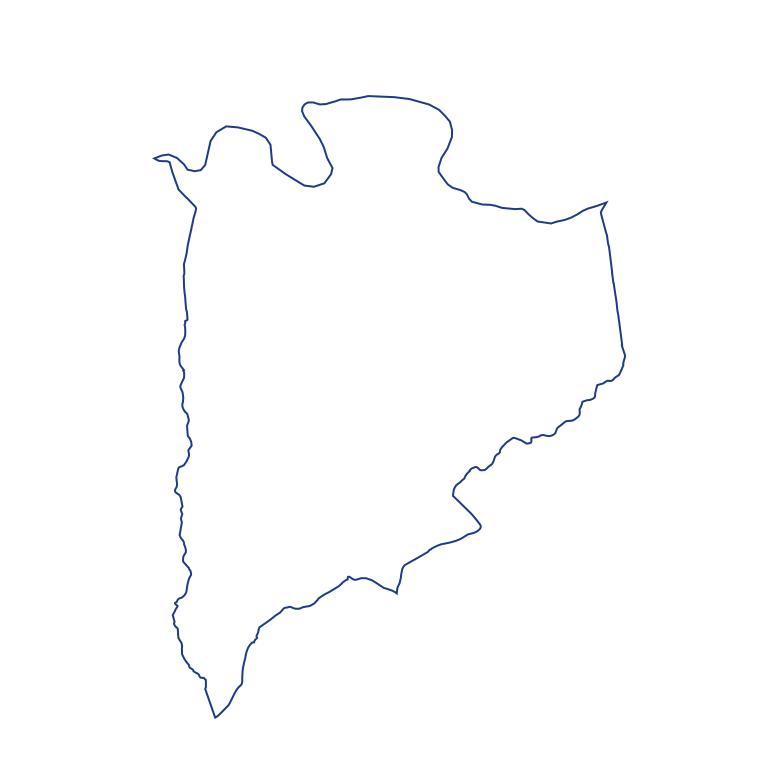 outline of Unguriu, Buzau, Romania, rotated 348°
{"feature_id": "2599482B64546801650648", "entity_name": "Unguriu", "entity_type": "district", "adm_level": 2, "iso_a3": "ROU", "parent_name": "Romania", "parent_adm1": "Buzau", "projection": "natural_earth1", "projection_center": [26.623, 45.27], "detail": "fine", "context": "isolated", "style": "outline", "palette": "blue", "viewbox_px": 768, "rotation_deg": 348, "n_neighbors": 0, "source": "geoboundaries", "source_scale": "gbopen_adm2", "svg_char_len": 6154}
<svg xmlns="http://www.w3.org/2000/svg" viewBox="0 0 768 768"><g transform="rotate(348 384 384)"><path d="M352.9,591.5L354.6,586.5L355.3,585.4L357.8,582.1L360.1,577.3L361.2,573.9L363.5,568.6L365.1,566.7L366.8,565.4L382.5,560.5L391.6,557.5L392.4,557.1L394.0,555.8L394.7,555.6L395.6,555.5L396.6,554.8L401.9,553.4L406.4,552.7L415.7,552.8L421.5,552.4L425.2,551.8L428.5,550.9L434.6,548.6L441.5,548.3L445.1,547.2L447.9,545.6L448.6,544.6L449.1,543.3L448.9,541.8L446.7,537.1L442.4,529.0L428.2,507.7L429.5,504.0L430.7,501.2L432.4,499.2L433.6,498.1L435.7,496.9L436.4,496.8L438.5,495.7L440.7,494.2L441.4,493.9L442.0,493.8L443.3,492.7L443.8,491.8L444.7,490.7L445.9,489.5L447.7,488.2L449.8,487.0L449.7,486.5L451.5,485.2L452.9,484.7L455.6,484.3L456.9,484.3L457.7,484.9L458.5,485.6L459.9,487.9L461.0,488.6L464.4,489.1L465.0,489.0L466.3,488.4L469.6,486.3L472.9,484.9L474.9,482.6L477.4,478.3L478.6,477.2L480.0,476.4L481.3,476.1L482.5,475.4L483.4,474.3L483.6,473.3L484.3,472.2L486.1,470.5L491.8,466.6L498.5,463.7L499.3,463.6L500.3,463.9L502.1,464.8L506.7,467.8L511.1,471.9L512.5,472.1L514.3,472.2L515.5,471.9L516.4,470.4L516.5,469.0L516.8,467.8L517.0,467.4L517.4,467.2L522.5,467.7L525.4,467.4L527.0,466.7L528.0,467.0L529.5,467.0L530.8,467.8L533.0,468.8L534.7,469.3L536.0,469.4L537.9,469.2L540.1,468.5L541.4,467.6L543.8,463.8L544.5,463.1L545.5,462.5L549.3,460.7L553.3,458.6L554.5,458.3L556.3,458.4L560.6,459.0L564.1,458.0L565.3,457.2L567.2,456.4L568.6,455.0L569.1,454.0L569.6,452.4L570.1,449.2L571.1,448.2L573.4,444.9L574.3,442.8L575.3,442.5L577.6,442.2L580.0,442.2L582.4,442.4L585.5,441.8L587.1,441.0L588.0,439.6L588.6,437.2L589.8,434.6L591.3,431.5L592.2,429.8L592.5,429.4L598.6,429.0L601.5,427.7L603.6,427.3L605.8,428.1L607.4,428.1L608.6,427.7L611.3,425.8L615.8,424.0L619.7,418.8L622.1,415.3L622.0,414.3L623.7,410.6L624.3,409.6L625.2,408.0L625.7,405.7L624.6,395.6L624.9,395.0L625.1,395.0L627.0,371.7L627.2,367.9L627.5,365.5L627.5,363.6L627.6,360.4L628.5,351.9L629.6,333.0L629.4,332.9L630.2,322.4L630.4,322.2L632.6,296.9L632.4,293.0L633.0,284.8L632.7,281.9L631.7,263.5L631.9,261.1L632.9,259.6L639.3,252.7L629.1,254.1L619.9,254.8L614.4,256.0L608.4,258.3L601.5,260.2L594.9,261.1L586.7,261.1L580.8,261.7L568.0,257.0L563.7,252.1L560.6,247.9L557.5,243.0L555.2,241.2L548.6,240.2L536.1,236.3L530.2,232.9L525.1,230.8L517.3,228.8L507.9,224.0L505.7,220.4L504.5,215.6L502.8,213.0L499.0,210.2L491.9,206.3L487.9,202.0L486.1,198.3L481.5,187.9L482.5,183.0L487.3,174.8L495.1,166.8L501.8,156.5L503.4,149.7L503.0,141.1L499.6,134.7L494.8,127.2L486.1,119.9L468.0,110.5L453.8,105.6L428.5,99.1L421.3,99.1L410.6,98.7L400.7,96.7L394.8,97.4L385.3,98.1L379.4,97.2L373.3,93.9L368.2,92.8L364.4,94.0L361.7,96.6L360.6,100.1L361.6,105.6L366.7,117.0L372.1,130.9L374.3,139.5L375.4,151.2L378.5,162.0L375.9,167.7L367.4,175.3L356.5,176.5L347.5,173.4L343.2,169.5L331.1,157.9L320.7,146.5L320.7,143.5L322.7,126.4L319.6,118.5L313.7,113.3L308.0,109.0L294.4,102.6L283.2,99.2L272.4,102.9L264.9,110.3L254.6,132.6L249.2,136.7L243.1,136.5L236.4,133.5L234.0,127.5L228.4,119.8L221.1,114.8L214.4,114.3L206.2,115.6L208.7,117.8L210.3,118.9L212.2,119.6L218.1,121.0L220.4,122.5L221.0,132.5L223.3,149.6L223.4,150.9L229.4,160.6L230.0,161.2L236.3,171.4L236.6,172.3L236.6,173.3L236.3,174.3L235.2,176.7L232.3,182.0L227.5,192.9L224.9,198.5L220.7,208.0L218.0,215.4L214.7,222.4L213.2,225.2L211.9,233.5L211.5,234.8L210.5,236.7L209.8,241.0L208.7,246.9L208.0,252.2L207.7,256.7L206.4,266.1L206.0,269.7L206.2,272.8L205.2,280.1L204.7,280.6L202.6,281.1L202.1,283.6L201.2,284.8L201.2,287.5L200.4,292.1L199.5,295.3L198.2,297.6L196.7,299.3L194.7,301.2L191.8,305.4L190.7,307.4L190.0,309.4L189.6,315.0L188.8,317.9L188.4,320.5L188.5,322.3L188.8,323.9L191.2,328.9L190.4,329.2L190.9,331.1L190.4,333.8L189.7,336.3L185.1,342.4L184.4,343.6L184.1,345.1L185.2,350.1L185.0,353.8L184.7,356.2L183.9,358.5L183.9,359.4L182.6,361.5L182.1,364.5L182.7,367.5L183.6,369.8L184.7,371.3L185.4,372.7L185.6,378.8L184.7,380.7L182.7,383.7L181.4,392.7L181.4,394.3L182.8,397.2L183.4,400.7L183.0,404.3L179.1,407.9L178.8,408.4L178.7,412.3L177.8,414.8L174.4,419.0L171.5,421.7L169.5,422.4L166.7,422.7L165.6,423.4L164.5,425.4L161.4,432.3L160.8,438.9L159.8,441.6L157.8,443.8L157.4,444.8L157.3,445.7L157.9,447.0L160.7,449.9L161.6,452.2L161.4,462.0L159.7,463.7L159.0,464.9L159.3,466.9L159.6,469.4L157.4,473.3L157.4,475.5L157.6,477.1L152.7,489.3L153.2,492.3L154.8,495.3L155.3,497.1L155.3,498.2L155.1,499.1L155.6,502.2L155.7,505.6L155.1,507.5L152.3,510.5L151.7,511.5L150.8,514.2L150.7,516.2L154.9,523.5L154.9,524.6L155.8,526.4L155.9,528.6L155.7,530.4L152.9,533.7L149.9,539.6L147.6,545.9L147.0,547.0L145.1,549.0L142.9,550.4L141.8,550.9L139.7,551.1L138.4,551.5L137.2,552.4L136.2,553.8L135.4,554.3L134.1,554.7L134.0,555.6L135.9,558.2L135.4,559.1L133.3,561.1L132.2,562.7L129.3,566.1L129.7,572.9L128.7,575.0L128.8,575.7L129.5,577.7L131.1,579.8L131.3,580.9L130.8,584.8L130.4,586.4L130.3,588.8L130.1,589.7L132.1,595.3L132.0,598.3L131.2,601.3L130.3,606.4L131.6,611.5L133.3,615.6L134.7,618.1L134.8,620.5L135.2,621.3L136.9,622.9L137.6,623.7L137.9,624.4L138.0,625.5L139.7,627.1L141.1,628.1L142.2,629.2L143.0,632.3L143.4,632.9L143.9,633.3L146.6,634.0L147.4,635.5L148.1,636.1L148.2,636.5L146.8,643.5L145.7,645.1L149.5,675.2L151.0,674.8L153.9,673.3L165.1,665.9L166.6,664.3L173.6,655.4L175.9,652.8L177.5,651.4L179.2,650.1L180.5,649.4L182.2,648.2L182.9,647.0L183.6,645.0L184.5,641.0L186.2,634.7L187.5,631.3L189.5,626.8L191.1,623.7L192.6,619.9L194.1,617.0L195.9,614.2L196.9,613.0L198.0,611.9L200.8,609.7L202.3,609.5L203.2,609.7L203.6,608.8L204.7,607.5L207.1,606.0L206.8,604.2L209.3,600.7L210.6,597.6L211.5,596.2L223.6,591.0L230.0,587.8L234.8,586.0L239.1,582.8L240.6,582.3L243.2,582.5L245.1,582.3L246.5,582.7L248.7,584.4L250.4,585.3L251.4,585.6L254.8,586.2L258.0,585.5L261.6,585.5L263.6,585.7L265.7,585.6L270.3,584.1L274.7,581.0L275.2,580.3L278.4,578.9L282.6,577.3L284.3,576.9L287.8,575.9L297.7,572.4L300.2,571.0L302.9,569.2L306.1,567.9L307.8,567.6L308.5,565.3L308.9,565.1L309.7,565.2L310.8,566.0L312.8,568.3L313.9,569.1L316.1,569.7L321.4,569.2L326.2,570.3L331.5,573.6L334.3,576.2L341.6,583.6L343.5,584.5L349.2,587.9L351.9,590.2L352.9,591.5Z" fill="none" stroke="#1e3a8a" stroke-width="2"/></g></svg>